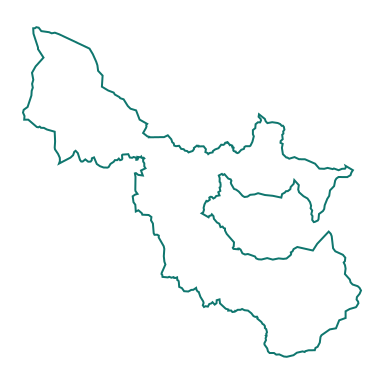 Riobamba, Chimborazo, Ecuador (Albers equal-area conic projection)
{"feature_id": "8360857B36561787951803", "entity_name": "Riobamba", "entity_type": "district", "adm_level": 2, "iso_a3": "ECU", "parent_name": "Ecuador", "parent_adm1": "Chimborazo", "projection": "albers", "projection_center": [-78.614, -1.707], "detail": "fine", "context": "isolated", "style": "outline", "palette": "teal", "viewbox_px": 384, "rotation_deg": 0, "n_neighbors": 0, "source": "geoboundaries", "source_scale": "gbopen_adm2", "svg_char_len": 6008}
<svg xmlns="http://www.w3.org/2000/svg" viewBox="0 0 384 384"><path d="M36.3,27.2L35.0,28.2L33.2,28.3L33.5,33.7L38.0,47.5L38.0,49.1L43.5,57.6L35.6,66.4L32.0,72.8L33.3,79.8L32.1,83.9L32.8,87.7L31.7,90.8L31.4,95.5L27.6,107.0L23.7,109.8L23.0,112.6L24.5,116.0L24.2,119.7L28.3,119.7L36.8,127.0L38.3,127.3L39.7,126.6L41.0,127.8L43.9,127.9L46.9,129.5L54.7,131.7L55.1,141.6L54.7,147.6L55.0,149.4L58.1,154.0L59.8,157.8L59.9,161.1L59.0,163.6L70.5,157.6L73.1,155.2L74.3,151.8L75.6,150.8L77.8,153.1L80.0,159.9L81.2,161.5L82.7,161.5L85.3,159.4L88.2,161.7L90.6,161.6L91.7,160.3L91.9,158.3L94.0,157.4L96.8,164.0L100.0,166.2L103.6,167.5L107.5,167.6L108.6,167.1L110.5,163.9L113.7,161.8L114.9,160.1L117.3,160.1L118.8,158.6L120.1,160.2L121.7,159.7L122.3,158.8L122.0,155.2L122.7,154.6L128.3,154.2L129.8,157.5L132.1,157.8L133.6,157.0L136.1,157.7L136.3,159.8L137.5,159.6L138.1,158.4L137.6,156.9L140.6,157.3L141.2,156.6L141.7,157.8L143.6,157.7L144.3,158.4L143.1,159.3L143.2,161.6L144.3,163.3L144.3,166.4L145.5,168.3L141.0,170.5L142.8,175.5L138.3,174.9L135.9,173.1L134.9,173.4L135.5,176.8L135.3,190.0L135.6,191.3L137.5,193.9L135.1,194.6L132.7,196.3L133.5,202.2L135.3,204.7L135.8,211.5L138.4,210.3L141.8,213.2L142.3,214.7L148.7,215.0L151.4,217.0L151.0,220.3L152.9,223.5L153.7,233.2L154.5,234.8L157.1,234.7L158.8,235.6L158.7,237.5L163.7,246.2L164.3,248.9L163.8,256.2L164.4,261.7L165.4,264.5L161.8,272.7L161.5,274.0L162.3,275.0L162.5,276.9L167.9,277.4L169.2,276.8L171.4,277.7L173.6,277.1L174.0,277.9L175.3,278.0L177.1,277.4L177.3,280.0L178.4,280.6L178.8,281.9L179.2,286.9L181.9,288.1L184.1,291.2L188.3,291.5L191.3,289.9L193.3,289.8L196.1,287.9L196.5,289.8L197.6,291.5L198.7,291.9L200.4,296.8L203.2,301.4L203.6,303.0L202.8,305.3L204.0,307.0L205.5,306.2L207.9,306.6L209.3,304.0L211.3,303.4L212.5,302.2L214.7,304.6L216.5,303.2L216.7,300.2L219.5,299.4L220.0,303.4L225.7,308.7L228.3,309.5L228.2,310.6L231.1,310.5L232.4,312.0L234.6,311.7L235.1,310.9L235.6,311.2L237.7,309.8L240.5,309.8L242.1,309.0L244.5,310.2L248.0,310.6L251.4,313.3L253.5,316.1L255.3,316.9L257.0,316.7L257.6,317.7L257.3,318.6L261.3,321.9L262.6,324.0L263.7,324.5L264.9,326.1L264.9,328.0L266.2,329.1L267.0,332.2L266.2,334.0L266.6,335.1L265.8,335.7L266.4,336.4L265.6,338.2L266.0,340.1L264.4,343.2L264.5,344.6L267.2,348.4L268.0,351.4L269.6,353.0L274.0,353.0L276.2,354.6L279.3,354.4L283.9,356.5L286.8,356.8L293.5,355.2L296.9,352.7L302.6,351.4L304.7,352.0L305.3,351.2L308.5,350.3L314.8,350.2L315.5,347.9L317.6,346.8L319.8,342.6L320.5,337.0L321.5,335.2L329.8,329.4L336.0,328.3L339.2,320.3L345.6,318.0L345.6,311.3L349.7,309.0L355.9,307.2L356.5,306.5L358.4,303.3L358.1,301.6L356.6,299.6L356.9,297.1L359.6,293.8L361.0,290.5L359.5,287.8L357.7,286.2L352.6,284.5L350.6,282.4L349.8,279.5L344.9,274.0L345.6,268.6L345.0,265.2L343.7,262.5L344.9,261.2L345.3,257.7L342.9,254.8L335.3,251.3L333.1,248.3L331.7,236.2L330.7,233.7L328.7,231.6L317.2,243.8L312.9,250.5L297.3,247.0L293.6,249.1L292.5,251.4L290.8,252.4L291.2,253.8L290.7,255.0L286.5,258.5L283.3,258.9L278.7,258.4L272.8,259.6L267.2,258.1L261.5,259.5L258.4,259.3L256.2,258.4L255.0,256.5L247.9,254.0L245.0,254.5L242.4,253.3L240.6,249.6L239.0,248.5L238.1,248.6L238.1,249.3L233.5,248.9L232.8,247.8L233.7,246.5L234.0,242.3L226.7,233.9L225.0,230.5L225.0,228.5L223.7,228.1L222.6,226.6L220.5,227.1L219.3,223.7L217.0,222.5L213.9,218.8L213.5,216.2L211.8,214.3L211.0,215.5L209.3,215.9L208.6,217.3L201.7,213.3L203.2,212.3L204.0,209.8L203.6,207.9L204.5,204.3L206.4,200.9L207.5,201.4L209.8,199.7L209.3,197.6L210.4,196.8L211.8,196.9L213.4,198.5L215.0,197.6L216.2,196.0L219.5,195.4L218.3,192.2L220.3,190.9L219.6,187.5L220.5,186.8L220.6,184.6L220.3,182.5L219.6,181.8L219.7,178.1L218.8,175.5L221.9,173.9L223.0,175.0L224.5,174.2L228.3,178.6L230.7,179.4L231.4,180.8L230.8,182.6L231.2,184.0L234.0,188.9L236.2,189.7L238.8,191.6L242.5,195.8L244.5,197.0L247.5,196.6L250.2,194.8L254.7,194.4L258.1,193.2L264.9,195.0L272.8,195.8L281.3,197.6L282.1,194.1L284.8,192.6L286.0,191.2L287.8,191.1L290.3,189.2L290.7,187.0L293.7,183.8L294.3,180.1L298.8,185.1L298.2,189.5L299.1,192.3L303.5,196.2L307.5,198.5L310.0,202.1L311.1,205.8L310.6,208.3L312.2,210.5L311.3,214.2L312.5,216.1L312.2,219.9L313.8,222.1L314.8,221.9L317.8,220.5L318.5,219.3L319.0,214.0L323.0,211.0L324.2,209.0L324.7,205.3L327.3,198.8L329.2,195.9L330.0,190.4L334.1,186.1L335.2,180.5L336.4,178.5L338.5,177.0L347.2,177.1L350.5,175.2L351.4,172.5L352.9,170.2L345.6,165.9L346.0,167.1L345.0,168.7L342.1,168.8L338.6,170.2L333.9,168.5L332.7,169.1L327.6,167.9L324.2,168.8L319.3,168.6L315.1,163.7L305.0,159.3L299.0,159.2L294.5,157.1L289.2,158.7L287.2,157.5L286.3,157.5L282.9,154.2L281.9,147.8L282.7,143.9L280.5,142.8L280.7,141.0L282.7,139.2L282.2,134.8L283.4,133.6L283.2,131.4L284.4,129.7L283.9,127.0L282.9,125.7L281.7,125.8L280.2,124.1L277.7,123.0L272.2,122.2L267.4,123.1L265.7,121.3L264.8,118.9L259.0,114.3L258.6,116.8L260.7,119.0L261.0,120.5L260.1,122.4L257.9,122.3L255.6,124.2L255.3,128.1L252.9,130.1L252.9,134.2L253.8,136.3L252.4,141.8L250.5,145.6L249.7,146.2L245.8,146.2L244.5,146.9L243.9,148.9L241.3,149.8L238.6,152.7L237.3,153.1L235.7,152.2L235.7,151.6L233.7,151.0L233.2,150.0L233.5,148.3L232.7,147.8L233.3,147.3L232.0,146.3L232.2,145.6L230.2,144.8L229.8,145.1L228.1,142.7L227.3,142.9L227.2,142.2L225.2,142.8L224.4,144.3L223.2,144.9L221.2,144.7L218.5,148.2L215.2,149.4L213.0,151.0L212.6,152.4L209.6,153.0L208.2,154.1L207.6,153.1L205.4,152.1L205.9,149.2L203.6,146.3L199.3,146.4L198.8,145.9L198.2,146.5L197.0,145.6L193.9,148.0L194.0,149.1L192.6,151.0L188.5,152.4L187.3,151.1L184.8,150.6L183.7,149.2L181.2,148.9L179.1,145.8L176.0,146.2L174.2,145.6L173.7,143.3L172.3,142.3L171.3,139.3L167.8,135.3L164.1,137.1L149.0,137.3L149.1,136.8L147.4,136.4L143.1,133.0L145.9,128.1L146.5,126.5L146.2,125.0L147.2,123.9L139.6,119.6L136.1,110.4L130.5,108.7L127.8,106.0L123.6,99.3L120.2,98.2L119.4,97.1L114.8,94.5L113.7,92.6L108.2,90.5L101.9,86.7L102.6,75.6L98.1,70.8L97.4,65.3L96.2,61.7L92.8,54.1L89.5,48.6L59.2,34.3L54.9,32.7L51.7,33.3L49.1,32.2L41.3,31.1L38.7,27.7L36.3,27.2Z" fill="none" stroke="#0f766e" stroke-width="2"/></svg>